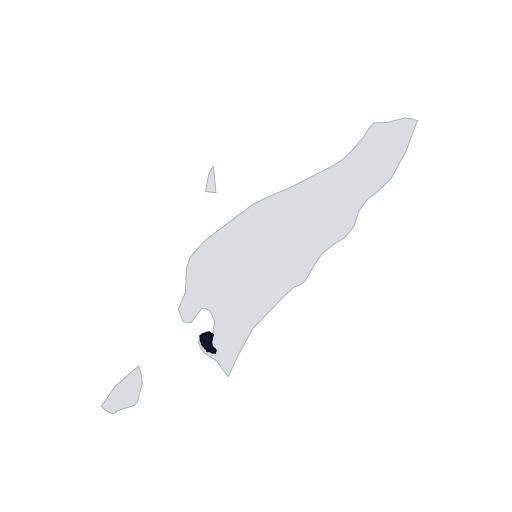 Fatumean, Cova Lima, East Timor (highlighted), rotated 336°
{"feature_id": "22284137B11881161065747", "entity_name": "Fatumean", "entity_type": "district", "adm_level": 2, "iso_a3": "TLS", "parent_name": "East Timor", "parent_adm1": "Cova Lima", "projection": "natural_earth1", "projection_center": [125.027, -9.247], "detail": "fine", "context": "in_parent", "style": "filled", "palette": "ink", "viewbox_px": 512, "rotation_deg": 336, "n_neighbors": 0, "source": "geoboundaries", "source_scale": "gbopen_adm2", "svg_char_len": 4197}
<svg xmlns="http://www.w3.org/2000/svg" viewBox="0 0 512 512"><g transform="rotate(336 256 256)"><path d="M181.6,355.0L177.3,336.3L172.8,328.2L169.2,323.6L168.0,317.9L168.2,312.0L170.4,309.3L185.6,308.5L191.7,298.9L191.7,287.3L188.6,283.4L185.6,281.7L169.8,290.4L165.3,288.8L162.6,285.7L163.5,272.8L176.5,260.8L187.5,239.0L195.3,230.3L213.3,222.1L220.6,219.8L273.1,207.8L285.6,207.0L318.9,207.3L363.4,204.7L374.4,203.1L388.7,197.8L402.5,191.2L409.9,186.1L417.6,182.3L429.0,187.0L448.4,190.6L453.7,193.7L458.5,198.0L435.9,221.0L411.1,240.0L395.9,245.8L380.1,249.7L368.0,257.0L357.9,268.5L344.9,275.0L330.3,277.2L317.8,280.6L306.4,287.4L290.7,299.0L284.3,300.2L277.5,299.9L264.5,304.4L223.8,320.9L199.3,339.4L181.6,355.0ZM53.5,330.5L73.6,318.1L104.2,308.6L103.4,315.6L100.3,326.5L95.6,331.7L88.6,340.9L84.1,342.9L65.7,340.9L63.3,342.2L60.2,341.3L55.5,335.3L53.5,330.5ZM253.5,157.0L245.2,181.8L236.2,176.5L245.8,162.5L250.4,158.4L253.5,157.0Z" fill="#d9dde1" stroke="#a8b0b8" stroke-width="1"/><path d="M185.1,310.3L185.0,310.1L184.8,310.0L184.7,309.7L184.4,309.3L183.9,309.1L183.7,308.9L183.5,308.7L183.4,308.6L183.1,308.5L183.0,308.4L183.0,308.1L183.0,307.9L182.8,307.8L182.8,307.6L182.7,307.6L182.6,307.3L182.5,307.2L182.4,306.9L182.4,306.6L182.2,306.5L182.1,306.4L181.8,306.5L181.6,306.5L181.5,306.4L181.3,306.3L181.3,306.2L181.0,306.1L180.9,306.1L180.6,306.1L180.4,306.0L180.3,305.9L180.1,305.9L180.1,305.7L179.9,305.6L179.6,305.5L179.3,305.7L179.2,305.8L178.9,306.0L178.7,306.0L178.4,306.3L178.2,306.2L177.9,306.2L177.7,306.2L177.7,306.3L177.5,306.0L177.4,306.0L177.3,305.9L177.3,305.7L177.1,305.7L176.9,305.7L176.7,305.6L176.4,305.8L176.2,305.9L175.9,305.8L175.8,305.7L175.7,305.7L175.3,305.7L175.0,305.7L174.9,305.6L174.7,305.9L174.7,306.1L174.5,306.3L174.4,306.4L173.9,306.3L173.7,306.2L173.4,306.0L173.2,306.3L172.8,306.2L172.7,306.2L172.4,306.2L172.4,306.5L172.2,306.7L172.1,306.8L171.9,307.3L171.7,307.9L171.7,308.2L171.7,308.5L171.8,308.7L171.8,308.9L171.7,309.1L171.4,309.4L171.3,309.7L171.2,309.8L171.1,310.0L171.1,310.3L171.1,310.6L171.0,310.9L170.9,311.5L170.9,311.8L170.9,312.0L170.8,312.4L170.8,312.5L170.8,312.9L170.9,313.0L170.8,313.3L170.8,313.5L170.9,313.8L170.8,314.0L170.7,314.2L170.6,314.3L170.4,314.3L170.4,314.5L170.5,314.8L170.7,315.0L170.8,315.1L171.0,315.1L171.0,315.3L171.0,315.6L171.0,315.8L171.0,316.0L170.9,316.0L171.0,316.2L171.1,316.3L171.2,316.5L171.3,316.6L171.4,316.8L171.3,317.0L171.2,317.2L171.3,317.2L171.3,317.4L171.3,317.5L171.5,317.6L171.5,317.8L171.7,318.1L171.7,318.3L171.6,318.8L171.7,319.1L171.8,319.2L171.7,319.5L171.8,319.6L171.8,319.8L172.0,320.0L172.3,320.3L172.5,320.6L172.6,320.8L172.7,321.0L172.8,321.1L172.9,321.3L172.9,321.5L172.9,321.8L172.7,322.1L172.7,322.3L172.6,322.5L172.6,322.8L172.5,323.0L172.7,323.3L172.7,323.5L172.8,323.6L173.0,323.6L173.3,323.5L173.6,323.5L173.9,323.6L174.0,323.8L174.4,324.1L174.5,324.3L174.8,324.5L175.0,324.6L175.3,324.8L175.5,325.0L175.7,325.3L175.9,325.6L176.0,326.0L176.4,326.3L176.5,326.5L176.8,326.8L177.3,327.0L177.6,327.1L177.8,327.1L178.0,327.2L178.2,327.3L178.4,327.5L178.7,327.6L178.8,327.7L179.0,327.8L179.2,328.0L179.4,327.7L179.5,327.6L179.6,327.4L179.9,327.2L180.0,327.1L180.3,326.9L180.4,326.6L180.6,326.5L180.8,326.2L180.8,325.9L181.0,325.7L180.9,325.6L180.9,325.0L180.9,324.5L180.9,324.4L180.8,324.1L180.5,323.8L180.3,323.7L180.2,323.4L180.1,323.2L180.1,322.9L179.9,322.8L179.8,322.7L179.9,322.4L179.7,322.3L179.6,321.9L179.5,321.3L179.6,321.1L179.6,320.8L179.6,320.7L179.4,320.6L179.4,320.4L179.5,320.1L179.4,319.9L179.5,319.7L179.6,319.4L179.6,319.1L179.7,318.8L179.7,318.7L179.9,318.3L179.8,317.9L179.8,317.6L179.8,317.3L179.9,317.1L179.9,316.9L180.0,316.8L180.2,316.7L180.3,316.5L180.4,316.4L180.4,316.2L180.4,315.9L180.6,315.7L180.8,315.5L180.8,315.4L181.0,315.4L181.1,315.2L181.3,315.0L181.5,314.9L181.7,314.6L181.7,314.4L181.8,314.4L182.0,314.4L182.0,314.2L182.2,313.9L182.2,313.6L182.4,313.4L182.5,313.4L182.5,313.1L182.8,313.0L182.9,312.9L182.9,312.7L183.0,312.7L183.2,312.3L183.4,312.2L183.6,312.0L183.7,311.9L183.7,311.7L183.9,311.6L184.2,311.1L184.3,311.1L184.5,311.1L184.6,310.9L184.8,310.7L184.9,310.4L185.1,310.3Z" fill="#0f172a" stroke="#020617" stroke-width="1.5"/></g></svg>